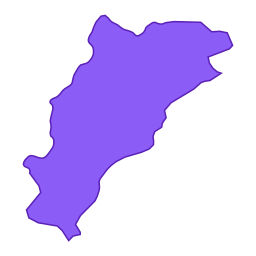 an SVG outline of Savona
{"feature_id": "ITA-5368", "entity_name": "Savona", "entity_type": "Province", "adm_level": 1, "iso_a3": "ITA", "parent_name": "Italy", "parent_adm1": "", "projection": "robinson", "projection_center": [8.236, 44.237], "detail": "fine", "context": "isolated", "style": "filled", "palette": "violet", "viewbox_px": 256, "rotation_deg": 0, "n_neighbors": 0, "source": "natural_earth", "source_scale": "10m", "svg_char_len": 1930}
<svg xmlns="http://www.w3.org/2000/svg" viewBox="0 0 256 256"><path d="M221.2,73.2L210.0,80.5L204.7,81.3L201.1,82.6L193.7,89.1L171.1,102.7L164.5,110.4L166.1,117.8L163.0,122.1L162.1,124.2L161.8,126.9L160.8,127.8L156.2,130.6L154.6,132.0L153.0,136.5L153.6,140.7L153.5,144.7L149.3,148.9L141.6,152.2L124.6,157.2L115.8,161.8L111.2,165.4L107.2,169.4L100.1,178.8L99.1,181.5L99.5,187.6L99.1,190.5L97.2,196.3L95.0,200.9L80.5,215.5L75.5,224.4L80.2,232.2L80.2,234.5L73.1,236.0L68.7,240.6L62.3,230.7L57.3,226.0L38.3,222.8L28.9,217.9L26.5,209.9L40.7,192.6L39.0,185.9L29.6,173.1L30.0,171.9L29.7,169.8L29.1,168.7L28.4,168.1L26.0,167.1L24.8,166.5L23.9,165.5L23.4,164.2L23.8,162.3L24.9,160.2L27.7,157.2L29.2,156.1L31.0,155.6L34.1,156.1L38.3,157.6L41.3,158.2L42.8,158.1L43.8,157.8L44.6,157.4L46.5,156.0L49.7,151.9L52.6,147.6L53.3,145.9L53.8,143.9L53.8,140.3L53.1,138.4L52.1,137.1L51.0,136.3L50.4,134.8L50.2,132.5L51.0,128.2L51.0,125.7L50.8,123.7L50.4,122.3L50.3,120.8L50.7,118.2L52.9,109.0L52.7,106.3L52.0,104.5L50.9,103.7L50.1,102.7L50.1,101.3L50.9,99.9L53.1,98.5L56.5,97.1L58.5,95.6L60.4,93.6L62.5,90.8L64.6,88.9L70.3,85.3L71.4,84.1L72.2,82.6L73.0,78.6L74.1,74.9L77.5,68.9L79.1,66.6L80.6,65.0L81.8,64.6L86.4,63.3L87.5,62.7L88.5,61.9L89.6,60.9L91.8,57.9L92.9,55.6L93.5,53.2L93.4,49.1L92.7,47.0L91.8,45.5L89.9,43.7L89.1,42.7L88.5,41.5L88.3,40.0L88.7,38.1L89.7,35.6L92.1,31.9L93.5,27.7L95.6,23.0L96.4,21.6L101.0,16.2L105.1,15.4L108.4,18.2L109.9,20.2L110.5,20.9L112.7,22.5L117.6,24.9L120.6,27.3L122.9,28.9L124.4,29.6L130.1,31.3L132.6,32.5L133.6,33.3L134.5,34.2L135.3,35.2L136.7,35.8L138.6,35.7L142.2,33.6L143.8,32.0L144.9,30.4L145.3,29.3L145.7,28.1L146.2,27.5L146.9,26.7L147.8,25.9L152.2,22.9L153.6,22.4L155.2,22.4L157.8,23.5L160.0,24.0L162.5,24.0L165.6,22.7L174.1,21.6L200.8,22.3L211.7,31.8L219.8,31.3L227.2,32.8L232.6,45.4L229.5,48.8L208.1,57.0L209.4,63.0L212.7,68.0L217.1,71.8L221.2,73.2Z" fill="#8b5cf6" stroke="#5b21b6" stroke-width="1.5"/></svg>